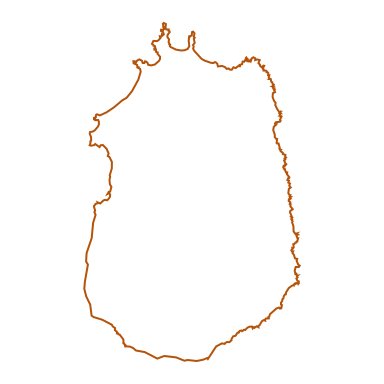 Nossa Senhora Da Luz, Maio, Cabo Verde
{"feature_id": "66160863B67599039999674", "entity_name": "Nossa Senhora Da Luz", "entity_type": "district", "adm_level": 2, "iso_a3": "CPV", "parent_name": "Cabo Verde", "parent_adm1": "Maio", "projection": "orthographic", "projection_center": [-23.146, 15.227], "detail": "fine", "context": "isolated", "style": "outline", "palette": "amber", "viewbox_px": 384, "rotation_deg": 0, "n_neighbors": 0, "source": "geoboundaries", "source_scale": "gbopen_adm2", "svg_char_len": 5890}
<svg xmlns="http://www.w3.org/2000/svg" viewBox="0 0 384 384"><path d="M280.0,119.8L281.3,117.0L280.6,117.1L280.7,115.7L279.6,115.7L280.2,115.0L279.2,113.2L280.0,112.4L280.0,112.8L280.5,112.9L280.0,112.3L280.4,111.9L279.2,112.0L277.2,109.1L275.3,105.1L275.6,102.9L273.9,100.6L272.6,97.0L272.9,93.1L275.0,92.2L274.2,90.6L274.8,89.9L273.7,89.0L274.3,88.3L272.9,87.8L272.7,87.0L273.4,86.5L272.4,86.3L273.4,85.8L273.0,85.4L273.7,84.5L272.6,83.9L272.3,82.3L271.3,81.8L270.7,79.0L270.1,79.0L270.6,78.7L269.6,78.8L268.7,77.9L269.3,75.2L268.1,75.2L268.3,73.1L266.9,72.3L267.3,72.0L266.1,70.7L263.5,70.5L263.7,69.5L262.7,68.7L264.2,65.8L263.5,65.6L261.8,67.2L261.2,66.9L260.0,65.7L260.1,64.8L258.4,63.1L259.7,60.1L257.1,59.4L255.2,60.1L255.2,58.3L253.3,57.3L251.8,58.3L250.8,61.1L250.3,60.3L249.8,61.2L249.4,60.7L248.4,61.3L248.1,60.4L247.5,60.7L247.5,59.6L246.9,60.0L247.1,58.7L246.3,57.5L245.8,58.2L246.3,59.9L245.2,59.9L244.0,61.8L242.6,61.6L242.1,64.2L239.6,64.9L239.9,66.2L237.9,66.2L235.7,68.1L233.4,67.3L231.8,69.7L229.9,69.6L228.5,68.4L226.8,69.0L224.8,67.0L222.1,66.0L217.9,66.4L217.3,63.7L215.7,62.3L214.9,62.1L213.3,63.1L210.6,62.7L204.4,60.5L201.5,58.8L194.2,50.8L193.1,48.6L193.7,46.5L193.0,45.0L194.7,42.9L193.8,38.9L194.7,37.7L193.8,36.8L194.5,33.3L193.1,31.6L192.1,32.0L191.7,35.6L190.1,36.0L189.6,37.1L189.1,36.8L188.7,40.6L189.3,46.2L187.6,49.0L184.3,50.3L181.1,50.5L176.0,49.6L170.8,47.1L169.8,46.2L170.2,44.8L169.2,44.3L169.4,43.4L168.6,42.3L169.0,39.4L167.3,36.8L167.7,34.7L169.7,32.1L169.5,31.2L168.5,30.8L168.7,29.5L166.2,29.4L165.5,28.0L165.9,24.1L163.8,23.0L162.9,23.8L163.4,26.5L164.3,27.3L164.1,28.5L163.6,28.3L163.8,29.0L163.2,29.2L163.8,29.3L163.1,30.1L161.1,29.7L160.9,30.9L163.1,32.1L163.8,34.5L162.7,35.3L161.9,34.5L161.7,36.1L160.7,36.3L160.7,36.9L159.9,36.5L160.2,38.3L158.4,40.3L157.1,41.1L153.4,40.9L152.0,43.9L153.5,45.0L153.5,45.7L155.0,46.2L155.3,48.0L154.3,48.4L154.4,49.7L155.9,49.5L156.1,51.6L155.4,51.7L157.7,52.4L157.5,53.8L160.1,56.7L160.0,59.0L159.1,60.8L154.9,64.5L151.3,65.4L148.3,64.9L147.4,62.6L146.0,61.5L145.0,61.3L144.4,63.0L142.7,63.0L141.9,60.7L139.3,59.4L137.2,60.5L135.7,63.0L134.9,62.8L134.7,61.3L133.4,61.2L133.6,63.3L137.2,65.0L137.3,66.8L138.4,67.2L137.8,67.7L140.1,68.9L140.7,71.7L138.3,79.7L132.0,91.2L126.6,97.8L122.2,100.4L113.9,107.4L106.6,112.3L99.9,115.4L97.0,114.3L96.0,115.0L95.8,117.2L94.7,117.6L95.0,118.3L94.0,118.2L94.0,119.3L95.3,120.2L98.2,120.0L98.9,121.8L98.9,124.4L98.0,126.5L95.0,130.1L92.9,131.5L90.0,132.1L89.7,133.6L91.0,136.9L91.2,140.6L90.3,141.4L90.5,142.8L89.7,145.3L91.1,145.7L94.2,145.1L95.2,144.0L99.5,147.1L100.6,145.3L102.8,145.0L106.6,148.8L108.6,153.5L107.8,156.1L109.4,156.9L111.9,162.0L111.8,168.4L109.7,175.5L110.2,176.9L109.5,179.7L109.9,184.4L111.4,186.8L110.2,191.5L108.7,191.9L107.6,193.9L109.2,193.0L110.2,194.8L109.9,196.9L108.8,198.6L107.1,200.3L105.0,199.8L103.4,200.5L100.2,203.5L97.7,202.4L98.0,203.1L95.6,203.9L93.9,206.3L95.1,210.6L94.4,212.2L95.6,214.8L93.1,222.9L91.7,238.1L86.6,253.1L86.1,261.5L87.9,264.6L84.9,281.6L84.3,288.9L86.3,296.6L90.2,304.6L91.6,315.7L93.7,317.1L102.2,319.7L111.8,324.7L112.7,326.4L115.1,328.1L114.9,330.2L116.8,331.6L116.9,333.3L117.8,333.1L118.5,334.4L119.6,334.5L123.4,339.5L123.4,343.2L123.9,343.2L124.7,344.8L124.8,344.2L125.3,345.7L125.6,345.3L125.9,345.8L125.6,346.3L129.9,346.6L132.9,347.9L136.0,350.5L144.8,352.1L157.3,358.6L164.1,356.0L176.2,357.4L184.4,360.7L187.6,360.0L196.8,361.0L203.4,359.6L207.2,358.0L207.9,359.0L216.2,346.4L221.9,343.4L224.7,343.9L225.2,343.0L227.1,342.0L229.3,342.2L231.5,340.3L231.4,339.2L233.2,336.3L235.5,335.8L237.2,333.1L238.8,332.5L238.6,332.1L239.9,330.8L241.4,330.5L242.1,331.2L244.1,329.7L245.2,330.0L247.4,327.7L249.8,326.6L252.0,326.6L252.6,328.1L253.1,327.2L254.0,327.1L254.3,327.9L256.7,326.3L258.0,326.4L257.8,326.9L258.4,327.2L258.2,326.0L259.5,325.3L262.0,321.1L263.7,320.1L265.1,320.6L264.9,319.8L265.8,318.6L268.7,318.4L268.2,317.3L269.1,316.9L270.0,314.2L276.1,308.7L278.7,307.6L279.9,307.7L280.1,308.6L281.3,308.3L281.9,305.0L281.0,304.5L281.0,302.7L282.2,301.0L282.4,299.2L283.3,298.6L283.8,296.1L285.1,294.3L285.8,294.3L286.1,292.3L288.8,288.0L292.4,285.4L293.9,285.5L294.0,284.4L295.2,283.3L295.7,283.9L296.7,283.0L297.8,283.2L298.2,284.0L298.9,283.1L298.7,281.3L297.4,280.8L296.4,278.5L297.6,277.3L296.9,276.1L297.5,275.6L296.8,275.7L296.7,274.8L295.6,274.2L296.2,273.5L295.1,272.9L294.7,270.6L295.7,267.0L298.8,267.0L299.7,265.7L298.2,264.6L296.6,260.7L297.2,258.9L294.9,258.3L294.0,254.9L292.6,253.2L293.1,251.6L292.3,251.9L291.3,250.3L292.3,249.3L292.2,248.0L293.0,248.3L293.7,247.4L293.3,244.2L294.3,244.0L295.6,242.4L296.3,242.5L297.2,240.9L297.2,241.4L297.3,241.4L298.1,238.3L297.5,238.4L296.4,235.6L297.3,235.0L296.5,234.5L297.5,234.4L296.6,233.8L297.0,233.4L295.5,233.8L293.6,231.5L293.4,226.1L292.1,222.4L292.6,221.2L291.9,220.3L292.2,219.5L291.3,218.9L292.3,217.5L291.0,216.7L291.6,216.2L290.0,212.2L290.2,211.1L291.4,210.1L292.5,209.4L293.3,209.8L290.3,206.3L290.7,204.3L289.7,204.0L290.3,202.3L288.7,200.9L288.9,199.3L289.9,199.2L289.9,198.2L290.5,198.2L289.8,197.1L290.8,196.7L289.8,196.2L290.2,195.3L289.7,195.4L288.3,193.1L288.9,188.8L290.7,187.5L290.1,186.8L290.7,186.3L290.0,186.6L289.2,185.6L290.0,183.5L288.3,182.6L289.0,180.6L287.4,180.0L288.5,177.6L289.2,177.8L289.4,177.3L286.9,174.2L287.2,172.4L285.9,172.3L284.8,169.0L284.3,169.3L283.2,167.1L283.6,166.0L284.5,166.1L284.6,165.2L285.4,165.3L286.3,164.2L284.9,162.8L284.7,161.2L284.1,160.7L285.0,159.6L284.5,159.5L284.4,158.5L286.0,157.5L285.1,156.4L285.4,154.9L282.8,154.0L282.8,152.7L280.7,151.3L280.1,149.9L280.8,149.6L279.4,148.6L279.7,147.6L278.5,143.4L277.1,143.5L276.6,142.9L277.1,139.0L276.0,138.7L274.7,136.9L274.8,134.7L273.2,130.0L273.8,126.8L275.4,125.2L276.4,125.4L275.8,124.9L276.3,124.3L275.2,124.3L275.0,123.4L276.0,122.2L280.0,121.7L280.6,120.8L280.0,119.8Z" fill="none" stroke="#b45309" stroke-width="2"/></svg>